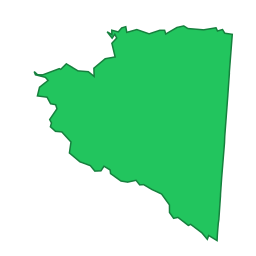 Morehouse, Louisiana, United States of America, rotated 94°
{"feature_id": "52423323B62333237786738", "entity_name": "Morehouse", "entity_type": "district", "adm_level": 2, "iso_a3": "USA", "parent_name": "United States of America", "parent_adm1": "Louisiana", "projection": "mercator", "projection_center": [-91.791, 32.757], "detail": "fine", "context": "isolated", "style": "filled", "palette": "green", "viewbox_px": 256, "rotation_deg": 94, "n_neighbors": 0, "source": "geoboundaries", "source_scale": "gbopen_adm2", "svg_char_len": 1214}
<svg xmlns="http://www.w3.org/2000/svg" viewBox="0 0 256 256"><g transform="rotate(94 128 128)"><path d="M234.1,31.3L228.4,31.4L226.1,31.4L216.7,31.3L213.1,31.0L193.7,31.0L189.5,31.0L187.1,31.1L177.5,31.1L174.7,31.1L171.8,31.1L171.4,31.1L136.2,30.7L129.8,30.9L90.6,30.7L66.2,30.7L65.5,30.8L27.3,30.5L26.7,38.1L23.2,40.6L25.0,45.5L21.9,47.2L24.8,59.4L24.6,75.2L22.3,79.5L24.3,86.2L31.6,96.9L28.0,98.3L28.3,103.1L32.6,113.5L29.2,126.1L32.7,135.9L27.1,137.3L28.6,141.3L32.8,144.4L31.6,151.0L35.9,150.6L33.5,155.5L39.5,150.1L35.4,147.7L39.0,145.5L44.6,150.0L58.0,145.8L60.5,155.6L70.7,166.2L78.9,165.4L74.6,171.5L74.5,181.9L68.3,194.0L74.2,199.2L73.6,200.7L80.9,216.7L81.2,221.9L78.3,225.5L81.4,224.0L83.2,214.0L86.1,211.0L93.5,219.1L102.3,220.6L102.9,210.9L109.2,206.9L109.8,201.8L113.8,200.2L125.0,206.7L128.3,204.7L132.2,205.5L136.4,200.1L136.5,193.8L145.9,183.9L157.0,184.7L165.1,173.6L168.2,162.9L173.3,158.1L172.6,152.0L167.8,149.3L171.1,142.9L174.7,142.2L181.4,131.3L182.0,124.6L179.6,116.3L183.9,112.4L183.4,108.4L187.7,99.8L191.5,89.9L201.8,81.3L209.4,80.7L214.9,76.2L213.7,71.9L221.0,61.0L219.7,58.8L227.4,47.0L233.5,41.1L229.6,40.0L234.1,31.3Z" fill="#22c55e" stroke="#15803d" stroke-width="1.5"/></g></svg>